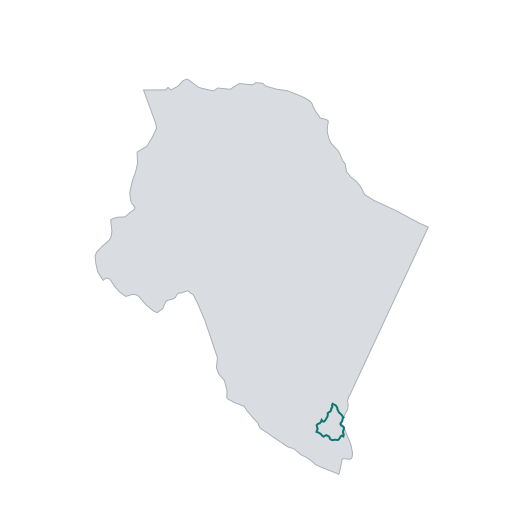 Ntungamo on a map of Uganda (orthographic projection), rotated 295°
{"feature_id": "UGA-3372", "entity_name": "Ntungamo", "entity_type": "District", "adm_level": 1, "iso_a3": "UGA", "parent_name": "Uganda", "parent_adm1": "", "projection": "orthographic", "projection_center": [30.302, -0.955], "detail": "fine", "context": "in_parent", "style": "outline", "palette": "teal", "viewbox_px": 512, "rotation_deg": 295, "n_neighbors": 0, "source": "natural_earth", "source_scale": "10m", "svg_char_len": 3275}
<svg xmlns="http://www.w3.org/2000/svg" viewBox="0 0 512 512"><g transform="rotate(295 256 256)"><path d="M355.0,399.9L348.4,399.9L337.7,399.9L326.9,399.9L316.2,399.9L305.4,399.9L294.6,399.9L283.9,399.8L273.1,399.8L262.3,399.8L251.6,399.8L240.8,399.8L230.0,399.8L219.3,399.8L208.5,399.8L197.7,399.8L187.0,399.8L176.2,399.8L169.8,399.8L168.6,399.6L167.7,399.4L163.6,400.1L159.4,402.8L154.9,403.9L150.2,403.5L149.6,403.7L147.1,403.7L143.6,403.5L140.5,404.2L138.1,406.5L135.6,410.5L131.2,415.1L127.7,419.1L124.8,422.0L118.1,426.8L114.4,428.1L112.6,427.9L111.5,427.0L109.4,421.0L108.1,420.0L95.0,423.1L93.0,423.2L93.2,421.3L92.2,407.0L92.1,398.3L93.8,392.8L94.8,386.5L94.9,381.0L97.3,371.5L96.4,365.8L99.5,346.0L100.3,342.7L101.5,333.1L103.5,330.1L105.2,329.0L107.4,323.1L111.7,313.7L114.7,308.8L114.0,298.2L114.5,291.0L115.2,289.4L121.5,286.8L129.7,280.1L133.2,272.3L138.1,267.3L147.6,264.0L175.8,237.1L188.8,222.7L194.5,215.2L194.7,212.6L195.8,209.1L193.5,206.4L190.8,203.9L189.9,201.6L187.5,200.5L184.2,200.5L182.0,198.9L179.4,195.6L176.9,193.5L168.9,193.7L162.8,190.4L162.9,185.9L165.3,176.9L169.9,166.7L170.2,163.9L169.5,161.5L168.4,159.4L166.3,157.4L164.3,154.9L165.8,147.6L168.8,140.4L171.2,136.8L173.5,132.7L172.8,129.4L169.4,127.8L171.2,124.6L174.9,119.1L182.1,113.6L188.4,110.0L192.6,110.0L200.8,112.9L208.2,116.3L212.3,116.5L217.2,115.1L227.4,109.0L229.9,110.9L232.9,114.6L236.1,120.8L242.6,123.6L245.7,125.5L247.9,126.1L249.1,125.6L251.5,120.7L254.5,118.1L259.9,114.8L271.9,112.2L280.5,111.4L284.2,110.8L290.3,109.3L299.9,104.3L309.3,110.7L319.6,111.9L329.6,111.9L332.6,110.0L334.4,108.5L344.8,98.0L358.9,83.9L368.4,103.9L371.6,105.0L371.2,106.8L370.4,108.5L376.5,113.3L384.1,115.8L386.9,118.3L387.1,121.0L384.6,132.7L385.1,136.0L387.6,147.7L392.1,150.4L396.2,162.2L404.3,167.2L405.5,168.6L407.4,174.3L409.8,180.6L411.8,182.1L413.0,182.4L415.4,189.1L414.0,192.8L415.9,204.2L419.0,214.4L419.8,226.5L419.9,231.8L419.8,235.1L419.1,239.7L417.7,242.4L415.1,245.0L412.2,249.1L409.8,253.4L408.2,255.6L409.4,262.1L409.1,263.9L408.4,264.7L404.8,265.7L400.1,267.4L397.2,269.2L393.2,272.5L390.0,276.1L385.7,286.7L378.6,294.9L377.4,297.6L370.6,302.5L367.7,308.6L365.8,316.0L363.2,321.3L357.5,328.7L356.2,340.2L356.3,363.3L354.8,389.6L355.0,399.9Z" fill="#d9dde1" stroke="#a8b0b8" stroke-width="1"/><path d="M146.6,403.5L145.7,403.2L144.8,403.3L144.0,403.7L143.1,403.9L142.1,403.8L141.0,403.5L140.0,403.3L139.1,403.7L138.6,404.5L138.2,407.1L137.9,408.0L137.5,408.3L136.5,408.7L136.3,408.9L136.2,408.9L134.7,408.8L132.9,409.4L131.4,410.9L129.4,411.4L129.5,409.6L128.3,409.0L126.1,408.8L124.0,408.2L123.3,406.7L122.8,404.9L121.6,403.7L121.3,402.3L121.3,401.2L121.6,400.2L122.8,399.2L123.3,398.1L123.2,396.8L123.4,395.5L122.3,394.5L120.9,393.7L121.1,392.0L122.1,389.8L122.4,387.5L122.2,385.1L123.7,384.9L125.3,385.0L126.7,383.7L128.2,382.5L130.0,383.0L131.3,384.5L133.1,384.9L135.2,384.8L134.3,386.4L134.6,387.6L136.7,388.3L140.7,388.6L142.5,388.2L143.7,387.4L145.0,387.9L146.3,389.0L147.9,389.3L148.8,388.8L149.8,388.6L150.7,389.1L151.3,389.0L151.9,388.7L152.3,388.3L152.8,388.0L154.4,387.9L154.3,391.2L153.6,392.7L152.4,394.2L151.4,394.5L150.2,396.3L149.4,397.0L149.0,398.0L148.9,398.9L148.0,401.1L146.7,403.1L146.6,403.5Z" fill="none" stroke="#0f766e" stroke-width="2"/></g></svg>